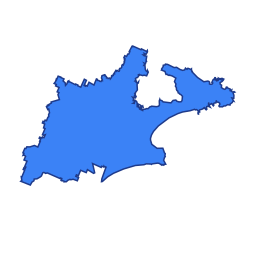 the district of South Gippsland, Victoria, Australia, rotated 285°
{"feature_id": "25037944B76361191538419", "entity_name": "South Gippsland", "entity_type": "district", "adm_level": 2, "iso_a3": "AUS", "parent_name": "Australia", "parent_adm1": "Victoria", "projection": "natural_earth1", "projection_center": [146.257, -38.699], "detail": "fine", "context": "isolated", "style": "filled", "palette": "blue", "viewbox_px": 256, "rotation_deg": 285, "n_neighbors": 0, "source": "geoboundaries", "source_scale": "gbopen_adm2", "svg_char_len": 5918}
<svg xmlns="http://www.w3.org/2000/svg" viewBox="0 0 256 256"><g transform="rotate(285 128 128)"><path d="M69.3,116.3L69.7,117.1L75.6,121.0L80.5,125.7L87.4,134.5L93.7,144.8L96.7,153.0L98.1,154.9L99.1,159.3L98.9,160.1L99.6,160.6L101.7,165.6L101.9,167.3L100.9,170.1L101.6,170.3L101.2,171.4L101.9,171.9L101.6,172.3L102.3,172.6L102.8,173.8L106.0,170.8L109.0,170.9L110.0,171.4L110.5,170.9L112.9,170.6L113.4,169.7L117.5,166.9L115.9,161.3L118.4,155.2L122.1,152.9L123.9,152.4L127.4,152.5L131.3,153.5L137.9,156.8L148.5,165.1L154.8,172.4L157.6,176.6L160.8,183.6L163.3,187.5L162.9,188.4L163.5,189.3L162.9,191.5L160.5,191.7L159.7,192.1L159.7,192.5L161.2,192.1L162.1,193.1L162.5,192.4L164.1,192.6L165.4,194.8L167.2,196.2L166.8,196.4L167.3,196.8L167.2,197.6L166.2,197.9L165.8,198.8L166.7,199.3L167.2,198.3L168.0,198.7L169.1,198.5L169.8,199.5L169.4,201.9L171.5,199.7L172.6,199.4L172.9,199.5L173.1,199.4L173.6,199.4L172.4,199.7L172.0,199.6L171.0,200.3L173.2,202.3L171.5,204.7L172.2,205.0L173.7,204.2L174.5,205.0L175.0,206.4L177.7,206.2L176.1,206.6L176.2,208.9L175.7,210.1L174.7,210.6L172.8,210.1L172.2,210.9L172.9,213.8L174.1,214.9L174.6,216.5L176.3,218.1L176.6,220.6L177.6,220.5L179.6,222.1L181.5,222.5L181.4,223.1L183.9,220.6L184.1,222.5L187.1,221.8L188.8,220.6L189.6,220.7L190.3,221.8L190.6,221.0L189.8,220.0L190.2,218.3L191.5,218.3L190.7,217.6L190.6,216.9L192.0,216.8L192.5,213.7L193.2,212.9L192.7,212.3L192.2,212.9L190.4,211.5L190.5,209.8L191.3,207.7L193.6,207.3L194.1,205.8L195.6,205.1L197.2,206.8L198.8,207.6L199.1,207.1L200.0,207.8L200.3,206.0L199.7,204.8L198.9,205.3L199.5,202.9L198.7,203.5L198.2,202.3L197.8,202.0L197.2,202.6L196.5,201.4L196.9,200.9L198.3,201.2L197.1,199.7L198.2,199.1L198.7,199.7L199.2,199.4L199.1,199.0L198.7,199.3L196.7,197.7L193.8,197.2L193.4,198.2L192.4,198.0L191.7,197.0L191.5,195.8L191.6,195.3L193.3,195.0L193.9,194.2L194.0,193.0L192.3,189.3L194.8,182.1L198.9,175.2L199.4,175.4L199.9,174.5L201.5,174.0L200.9,173.6L201.2,170.4L200.0,169.8L200.7,168.0L198.8,167.7L197.8,165.9L198.0,163.1L199.2,159.2L198.3,156.9L199.7,149.8L199.4,147.7L198.8,147.8L197.7,145.8L196.5,146.1L193.7,145.2L193.1,145.7L192.6,145.4L192.2,149.1L189.6,150.8L190.0,151.9L189.6,152.4L189.4,154.0L189.8,154.2L189.7,157.3L188.6,161.3L184.8,160.9L182.9,162.9L180.6,163.0L179.5,164.3L177.8,164.8L176.8,165.6L176.7,166.4L174.9,167.4L174.8,168.5L174.2,169.0L173.9,170.5L172.7,172.4L168.5,173.1L167.1,172.5L166.4,170.5L166.5,168.3L167.4,167.0L166.3,164.4L163.4,163.0L162.3,155.1L163.2,153.7L163.3,151.7L163.9,151.3L162.3,151.2L158.3,152.4L157.0,151.9L156.0,150.1L155.2,145.2L154.7,144.9L154.4,143.9L151.9,142.4L151.4,140.5L150.7,140.0L149.9,137.6L148.7,137.7L149.2,135.0L149.9,134.5L150.7,135.0L150.4,136.0L151.3,135.6L152.2,136.5L152.1,137.1L153.1,136.5L152.0,135.9L152.6,135.8L153.1,134.4L151.3,135.4L151.2,134.3L150.9,134.6L149.8,134.0L150.5,133.6L151.1,131.8L151.9,132.6L152.6,132.6L153.0,131.9L153.5,132.5L153.7,131.9L153.3,132.0L152.7,131.1L152.3,131.6L151.7,131.2L154.3,130.5L155.8,129.5L156.3,128.5L156.0,127.6L153.4,127.7L153.3,126.7L153.8,127.3L156.6,127.2L156.0,125.9L157.9,125.8L158.9,124.5L159.0,127.4L160.6,127.7L160.9,127.3L160.3,127.3L160.6,126.0L161.4,126.5L161.8,125.5L161.9,126.3L162.8,126.3L163.0,125.6L167.2,127.2L172.0,125.6L173.6,125.4L174.1,126.3L175.4,126.2L173.9,125.5L174.2,124.1L175.3,124.0L175.2,122.6L176.4,123.2L177.5,122.4L178.7,123.1L179.2,124.1L180.8,124.8L182.1,124.2L182.7,125.1L182.1,125.7L182.5,126.4L182.4,128.6L183.2,129.9L183.2,132.5L187.2,133.1L188.4,132.1L187.2,132.3L187.8,130.8L189.2,129.5L192.8,128.2L192.5,127.1L194.2,127.6L194.8,126.9L194.6,128.2L196.6,128.2L197.0,128.7L198.3,127.9L202.2,127.5L202.0,124.9L202.5,123.9L202.8,125.5L204.2,124.3L204.0,126.4L206.6,127.1L207.9,126.6L206.8,126.1L207.9,120.5L207.0,120.3L208.4,111.5L207.8,111.5L207.9,110.7L202.3,109.4L202.2,110.0L199.6,109.6L199.3,108.6L196.7,108.1L197.0,106.2L194.7,105.8L194.5,107.0L193.0,106.8L192.9,107.4L190.9,107.1L190.8,107.6L187.6,107.1L187.8,106.2L186.9,105.9L185.0,106.2L183.7,105.5L183.4,104.6L182.2,104.3L181.8,104.9L180.6,104.8L180.3,104.2L180.8,102.6L179.8,102.1L180.4,101.4L177.6,100.5L176.9,101.0L176.5,100.1L175.0,100.2L174.6,99.8L174.8,99.5L173.7,99.1L173.9,98.7L172.5,98.9L170.8,98.2L171.5,97.8L171.5,97.2L170.6,96.0L171.1,95.4L170.8,94.3L171.7,94.1L172.4,93.2L172.3,92.5L173.3,92.2L173.4,91.6L171.8,89.3L169.4,89.4L168.2,90.6L167.4,90.3L167.0,90.9L166.5,90.0L165.9,89.9L165.8,88.5L166.3,87.8L166.1,86.2L167.1,85.8L167.2,84.8L160.7,84.0L162.1,78.5L157.9,77.8L158.2,76.3L157.4,76.2L157.7,74.6L163.3,75.5L163.8,73.2L155.2,71.8L155.8,68.5L156.5,68.5L156.9,66.1L156.2,66.0L157.5,59.7L157.2,58.9L158.3,58.6L157.6,57.8L154.7,57.5L153.0,56.6L155.3,55.7L156.7,53.1L158.8,53.5L159.5,49.6L159.8,49.7L160.0,47.1L156.2,46.5L156.5,46.1L154.1,46.0L151.9,45.1L151.5,47.5L149.9,47.2L149.3,50.9L144.6,50.2L144.3,52.1L142.1,51.7L137.7,54.4L133.2,47.0L132.2,47.5L129.3,44.5L129.1,45.4L127.5,43.7L125.0,45.8L125.8,46.5L122.3,48.3L120.6,47.8L118.4,48.5L117.6,47.8L114.0,47.4L114.2,45.9L112.3,45.6L112.5,44.2L110.7,44.0L110.3,46.5L106.2,46.4L106.0,48.0L99.3,47.1L99.1,48.2L100.1,49.8L96.9,49.3L97.2,47.7L96.2,47.6L96.3,45.0L95.0,44.9L94.8,46.5L92.4,46.1L92.4,46.7L86.3,45.8L86.9,42.1L84.4,38.2L83.6,35.1L81.7,34.7L81.6,33.6L76.8,32.9L76.6,34.0L74.4,33.7L74.9,34.5L74.3,36.2L74.7,36.5L70.2,35.8L69.8,39.0L64.0,38.2L63.8,39.4L62.3,39.2L62.5,37.7L60.8,37.5L60.6,39.1L53.3,38.1L53.3,37.5L49.9,39.0L48.8,38.2L47.6,48.4L50.8,49.2L52.7,50.8L54.4,50.6L55.4,53.3L58.1,56.0L59.3,56.8L62.7,57.3L63.2,57.9L63.3,59.0L62.8,60.0L63.7,61.7L61.6,75.5L62.2,75.6L62.1,77.1L60.0,76.9L59.9,77.7L60.3,77.7L59.9,80.7L59.6,80.6L60.2,82.4L62.0,83.5L63.4,85.3L63.2,86.1L64.3,88.3L63.9,92.7L67.4,93.1L67.8,90.1L69.4,90.3L69.1,92.4L74.9,93.2L74.1,99.2L77.3,99.6L75.3,106.5L76.1,107.4L84.5,103.0L83.0,112.3L84.2,112.4L84.2,114.4L84.8,114.5L84.1,115.0L84.7,115.6L84.5,116.9L72.2,115.9L69.3,116.3Z" fill="#3b82f6" stroke="#1e3a8a" stroke-width="1.5"/></g></svg>